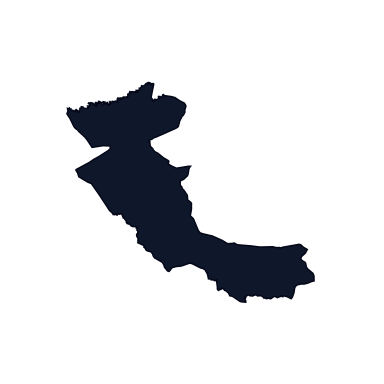 the district of Khong, Nakhon Ratchasima, Thailand, rotated 205°
{"feature_id": "78962969B53698738904765", "entity_name": "Khong", "entity_type": "district", "adm_level": 2, "iso_a3": "THA", "parent_name": "Thailand", "parent_adm1": "Nakhon Ratchasima", "projection": "orthographic", "projection_center": [102.346, 15.409], "detail": "fine", "context": "isolated", "style": "filled", "palette": "ink", "viewbox_px": 384, "rotation_deg": 205, "n_neighbors": 0, "source": "geoboundaries", "source_scale": "gbopen_adm2", "svg_char_len": 6098}
<svg xmlns="http://www.w3.org/2000/svg" viewBox="0 0 384 384"><g transform="rotate(205 192 192)"><path d="M57.0,137.2L56.6,139.1L57.0,143.6L58.5,148.9L58.0,151.3L56.9,152.7L54.1,154.8L51.4,156.0L48.3,158.6L45.9,161.3L43.8,163.0L46.0,167.5L47.9,169.3L55.3,171.4L56.9,172.7L58.8,175.3L59.6,176.0L63.2,176.4L64.3,176.8L65.2,177.8L65.5,178.8L65.3,180.2L63.5,184.3L63.2,188.6L67.6,189.0L71.1,190.1L72.9,189.8L86.4,180.3L88.1,178.7L89.8,178.5L91.4,177.4L95.7,176.5L107.2,170.8L115.4,168.2L127.6,163.7L128.9,163.3L132.4,163.6L132.9,162.9L137.9,160.2L144.1,160.9L155.0,160.7L164.1,158.8L167.5,158.4L170.1,159.8L179.5,168.4L183.5,169.7L185.2,176.1L187.7,181.5L189.3,182.3L192.6,183.0L194.9,187.1L200.0,190.1L202.1,190.9L203.9,192.7L205.2,192.9L205.8,193.7L207.2,196.6L207.2,197.2L204.9,200.0L203.0,204.8L203.1,206.4L204.5,211.3L204.6,213.2L204.2,214.7L205.7,214.1L216.1,207.0L221.0,206.9L225.3,207.3L226.0,210.0L226.5,210.4L232.6,211.0L239.3,212.7L242.7,212.8L244.3,213.6L244.9,213.5L245.7,214.6L249.2,215.9L251.5,219.7L252.4,219.3L252.3,219.9L252.6,220.6L250.3,223.4L249.8,224.7L247.7,226.7L233.5,243.0L232.3,245.0L232.2,246.1L233.2,251.3L232.9,256.8L232.3,257.8L232.2,261.5L233.1,263.0L233.8,267.2L234.7,268.2L236.5,269.3L242.0,269.5L247.4,270.4L251.2,269.7L257.4,267.8L257.8,267.4L258.8,268.2L259.3,268.2L259.6,267.7L259.1,264.9L261.1,265.1L262.7,264.5L262.7,263.9L261.6,263.2L261.8,262.3L263.3,260.6L264.8,260.4L265.2,259.5L264.8,258.5L266.4,258.1L266.8,258.3L266.7,259.0L269.1,260.5L272.3,273.7L273.1,273.9L274.2,273.0L274.2,272.6L275.0,272.9L275.4,272.2L276.4,272.3L276.2,273.1L277.8,272.9L278.3,272.2L277.7,271.7L278.2,271.5L278.2,270.9L279.2,271.1L279.7,270.4L279.8,269.0L280.4,268.4L280.4,267.8L281.3,267.2L282.4,267.2L282.6,266.9L282.2,266.3L282.2,264.9L282.7,264.9L282.9,264.2L283.5,263.8L283.0,263.5L283.2,262.9L282.8,262.5L282.7,261.4L283.4,261.6L284.0,261.3L283.5,260.9L284.1,260.4L285.2,260.4L284.7,259.8L285.0,259.3L284.2,259.7L283.9,259.2L284.5,259.1L284.6,258.5L285.1,258.2L285.7,258.2L285.8,258.7L286.0,258.1L286.6,258.3L286.7,257.8L287.8,258.0L288.4,257.8L289.1,257.3L289.2,256.6L289.6,256.8L290.0,256.4L290.3,256.8L290.7,256.8L290.7,255.9L290.1,255.7L289.9,255.0L290.3,254.4L290.7,254.5L290.8,253.6L291.3,253.6L291.2,252.9L290.4,253.2L290.6,252.5L291.0,252.6L290.3,251.4L290.7,251.2L290.6,250.2L291.0,250.1L291.5,250.6L292.0,250.0L293.3,249.5L292.8,248.6L293.2,248.4L293.8,248.8L293.7,248.2L294.4,248.4L294.3,247.9L294.8,248.0L295.0,247.5L295.8,247.3L295.2,246.7L295.6,246.3L296.0,246.7L295.5,245.9L295.8,245.6L296.0,245.5L296.1,245.9L296.6,245.8L296.3,246.4L296.6,246.7L297.5,246.4L297.6,246.0L297.2,245.8L297.7,245.4L298.2,246.0L298.9,245.8L298.2,244.7L298.9,244.4L298.3,243.8L298.5,242.8L297.8,242.5L297.7,243.2L297.3,243.0L297.1,241.8L299.4,242.3L300.5,241.1L300.9,241.2L301.6,240.1L302.5,240.4L302.5,239.9L303.1,239.0L304.5,239.4L304.6,238.9L304.1,238.0L303.3,238.0L304.0,237.1L303.2,237.0L303.1,236.4L303.5,236.1L304.3,236.5L304.7,236.1L304.9,235.3L305.6,235.6L305.1,236.3L305.9,236.6L306.3,237.5L308.0,235.5L308.6,235.9L309.0,235.8L308.9,236.5L309.8,235.9L309.9,236.5L310.4,236.5L311.2,235.2L310.0,235.4L308.9,233.9L309.9,232.4L310.2,232.4L311.2,234.1L312.3,234.0L312.0,234.8L314.8,234.9L315.0,234.4L314.1,233.2L315.2,233.0L315.5,232.4L314.7,232.3L314.7,231.4L315.5,231.4L316.0,232.4L316.7,232.6L317.1,232.5L317.3,231.7L316.4,231.5L316.3,230.4L315.6,230.8L315.2,229.4L317.1,229.4L318.0,230.3L319.1,230.1L319.5,230.7L321.5,230.2L321.8,228.9L322.6,229.4L323.3,229.1L323.3,228.4L322.1,228.3L321.1,227.3L321.2,226.1L322.5,226.2L323.0,225.8L322.0,225.3L322.2,224.4L321.5,224.2L321.4,223.8L322.7,223.4L324.4,222.3L325.9,222.5L326.8,223.0L328.4,222.5L328.0,221.2L329.0,220.4L328.4,219.4L328.1,217.1L328.4,216.6L329.5,216.4L329.9,217.6L330.9,217.2L331.7,217.8L332.1,217.2L331.0,216.3L331.1,215.6L332.5,216.0L333.7,215.5L334.6,215.7L335.0,215.3L336.3,215.1L336.7,215.9L337.0,215.4L337.6,215.5L337.6,214.9L338.1,216.1L338.6,216.4L339.0,215.4L340.2,215.2L340.0,214.9L339.4,215.0L339.5,214.1L338.7,213.3L338.4,210.0L333.7,207.1L326.7,201.4L324.4,200.3L321.9,199.9L320.2,199.0L312.6,196.6L309.2,195.0L301.4,190.2L292.2,196.4L287.1,198.5L286.3,199.1L285.8,199.2L285.2,198.5L284.5,196.3L285.4,194.2L291.2,185.0L295.0,179.8L297.7,175.2L306.4,163.5L306.5,162.8L303.6,160.8L301.0,158.0L290.8,156.9L286.7,157.1L275.6,150.7L258.6,140.2L257.0,139.9L254.6,138.9L254.0,138.3L253.3,139.0L252.9,138.6L252.4,138.8L251.2,140.0L250.7,139.4L250.0,139.5L249.9,141.2L248.5,141.1L246.7,142.7L244.1,140.2L243.6,139.8L243.2,140.1L243.1,139.7L242.9,139.9L240.6,138.5L239.4,138.2L239.0,137.1L238.4,137.1L238.2,136.4L237.5,136.0L237.2,136.6L236.1,136.1L235.2,136.7L233.0,135.6L231.1,135.6L227.8,137.1L227.5,135.9L226.8,136.1L226.7,135.7L226.0,135.6L225.9,134.2L224.8,133.8L224.1,132.7L223.7,131.2L224.2,130.7L224.2,129.9L223.0,128.2L221.7,127.5L221.1,126.8L220.3,124.6L219.7,124.3L219.7,123.1L213.6,123.2L212.7,122.9L212.3,121.7L211.1,121.5L209.3,120.1L208.3,119.8L206.4,119.9L205.1,120.6L204.8,120.2L203.5,120.4L201.6,119.2L199.7,117.3L198.1,116.5L189.2,115.7L186.8,114.1L185.1,112.2L180.8,110.1L179.2,110.3L178.0,115.1L174.9,117.7L170.4,120.4L164.2,126.4L161.8,127.1L152.0,126.8L149.9,127.3L147.3,127.0L143.2,124.0L140.4,120.3L139.9,121.1L139.1,120.7L137.8,120.9L137.6,120.5L135.5,121.4L133.7,121.2L133.6,121.9L132.8,122.2L132.8,122.8L132.3,122.9L131.8,121.3L128.5,116.0L128.0,114.7L126.9,114.1L126.2,114.1L126.0,115.1L124.8,115.8L124.8,116.5L124.4,116.6L124.6,117.2L123.3,117.6L121.2,117.0L120.9,116.6L119.8,116.9L116.1,115.8L113.9,113.9L111.3,114.6L102.2,113.1L100.7,113.4L96.7,114.8L97.6,116.5L97.8,116.6L98.1,116.0L98.9,117.3L99.9,117.5L100.2,118.2L100.0,118.7L98.7,118.4L98.6,119.0L99.1,120.3L98.3,121.2L98.4,121.7L97.1,122.6L95.7,122.4L95.5,122.7L93.5,123.1L92.7,123.8L92.4,124.6L91.6,124.8L91.2,125.6L90.5,125.9L88.8,125.5L88.0,125.8L87.3,126.8L86.7,126.5L85.7,127.3L82.3,126.6L81.9,126.2L81.0,127.1L80.1,126.7L79.2,126.9L78.1,127.9L75.5,128.5L73.3,132.3L69.6,132.5L69.4,133.5L68.1,134.1L67.6,135.3L65.4,135.4L65.1,136.6L61.8,137.3L57.0,137.2Z" fill="#0f172a" stroke="#020617" stroke-width="1.5"/></g></svg>